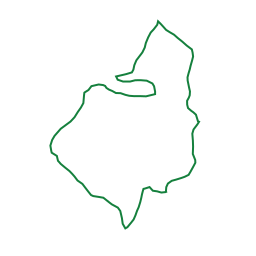 Shamkir District, Şəmkir, Azerbaijan, rotated 347°
{"feature_id": "54616110B57585842497805", "entity_name": "Shamkir District", "entity_type": "district", "adm_level": 2, "iso_a3": "AZE", "parent_name": "Azerbaijan", "parent_adm1": "Şəmkir", "projection": "mercator", "projection_center": [46.075, 40.851], "detail": "fine", "context": "isolated", "style": "outline", "palette": "green", "viewbox_px": 256, "rotation_deg": 347, "n_neighbors": 0, "source": "geoboundaries", "source_scale": "gbopen_adm2", "svg_char_len": 1833}
<svg xmlns="http://www.w3.org/2000/svg" viewBox="0 0 256 256"><g transform="rotate(347 128 128)"><path d="M181.3,30.8L179.7,34.0L175.3,37.6L171.6,40.1L168.0,44.3L164.5,49.2L162.4,53.4L159.0,57.6L151.4,63.9L148.3,68.2L146.4,72.3L144.3,74.7L138.2,75.1L133.4,75.1L128.0,75.1L128.3,76.3L128.8,78.6L133.6,81.6L140.5,83.2L145.8,83.1L151.2,84.3L156.9,86.1L161.8,90.1L162.8,93.2L162.6,98.6L162.0,101.1L152.7,101.2L147.1,99.7L141.3,98.4L136.5,96.9L132.9,95.1L128.6,92.4L124.1,91.2L121.0,88.4L118.1,86.3L116.0,84.1L115.2,81.9L113.5,80.6L109.2,79.0L101.8,79.0L98.0,82.1L93.7,83.6L93.4,83.8L92.4,86.6L91.4,89.7L90.1,93.7L86.7,97.5L82.8,101.0L78.3,105.5L73.4,108.8L62.3,113.6L54.7,119.1L51.4,122.6L48.4,127.7L48.1,132.7L48.1,134.9L52.4,139.2L52.4,144.2L53.2,145.6L54.4,147.9L58.2,152.9L61.3,156.8L63.4,160.3L65.0,163.3L67.0,167.8L71.0,172.2L72.6,175.8L74.7,180.4L76.9,185.0L78.8,186.5L83.8,188.5L88.3,190.4L93.1,196.4L95.1,198.8L100.2,203.3L101.8,207.1L101.8,210.1L101.8,214.4L101.3,220.1L102.8,225.2L105.1,224.5L109.8,220.9L112.9,218.4L115.6,214.8L118.2,210.7L120.5,207.7L123.3,202.9L125.3,198.9L126.6,196.0L128.3,192.7L129.4,190.8L130.9,190.8L135.7,190.4L138.1,194.7L142.2,196.3L146.0,198.4L150.3,198.9L150.7,198.8L150.6,198.6L152.0,194.2L154.4,191.1L158.7,189.3L163.3,189.1L168.7,188.7L172.2,188.3L176.5,187.3L179.0,184.7L182.5,180.8L185.8,177.0L186.3,174.3L185.6,169.7L185.3,167.9L187.2,160.9L188.4,154.8L189.4,148.0L191.5,144.2L196.5,140.0L198.6,137.9L197.7,137.2L197.2,130.3L195.2,127.4L193.5,125.5L191.0,122.1L190.9,118.6L191.7,114.8L194.1,112.1L195.5,110.0L196.6,106.3L196.6,102.4L196.8,95.2L197.4,92.0L199.5,88.0L201.3,84.9L202.9,81.6L205.6,76.7L207.5,73.0L207.9,69.1L207.9,65.8L203.8,60.9L200.3,56.0L196.8,51.6L193.8,47.4L190.4,44.2L187.2,41.0L185.3,37.5L183.5,34.3L181.3,30.8Z" fill="none" stroke="#15803d" stroke-width="2"/></g></svg>